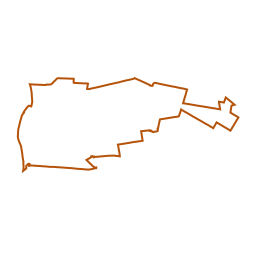 outline of Ciocanesti, Calarasi, Romania, rotated 94°
{"feature_id": "2599482B47068055124782", "entity_name": "Ciocanesti", "entity_type": "district", "adm_level": 2, "iso_a3": "ROU", "parent_name": "Romania", "parent_adm1": "Calarasi", "projection": "mercator", "projection_center": [27.039, 44.238], "detail": "fine", "context": "isolated", "style": "outline", "palette": "amber", "viewbox_px": 256, "rotation_deg": 94, "n_neighbors": 0, "source": "geoboundaries", "source_scale": "gbopen_adm2", "svg_char_len": 5194}
<svg xmlns="http://www.w3.org/2000/svg" viewBox="0 0 256 256"><g transform="rotate(94 128 128)"><path d="M91.2,229.0L94.0,227.9L98.9,226.7L99.2,226.6L99.5,226.6L102.6,226.2L108.6,225.3L113.2,226.0L112.7,228.5L114.2,229.9L117.1,231.8L119.7,233.3L120.0,232.9L122.8,234.7L129.6,236.1L135.6,237.1L137.2,237.4L144.4,237.3L145.3,237.1L145.7,236.9L146.9,236.6L147.8,236.3L153.5,233.5L154.5,233.2L155.4,233.0L161.9,231.5L163.0,231.4L167.7,230.3L168.6,230.0L169.4,229.9L170.1,230.0L173.7,229.5L175.2,229.4L177.1,229.5L178.1,229.6L175.5,226.7L172.7,226.8L171.1,225.3L170.7,224.9L170.7,224.7L170.7,224.4L170.7,223.8L171.8,223.8L172.7,224.0L172.7,223.9L172.7,223.7L172.4,223.2L172.2,222.8L172.1,222.6L172.1,221.6L172.1,218.2L172.2,217.8L172.1,217.7L172.1,216.7L172.1,214.4L172.1,213.5L172.1,210.5L172.1,208.6L172.1,207.0L172.2,204.0L172.2,202.7L172.0,200.1L172.0,197.0L172.0,192.7L172.0,190.6L172.0,188.6L172.0,187.3L172.0,185.4L172.0,181.8L172.0,181.1L172.2,176.6L172.2,173.7L172.2,170.8L172.3,166.5L172.2,165.2L172.2,164.9L172.2,164.5L172.2,164.1L172.1,163.6L172.0,163.2L171.4,160.9L171.2,160.3L171.0,159.6L170.9,159.4L170.8,159.1L170.7,158.7L170.3,157.4L170.2,157.4L170.2,157.1L170.2,156.9L169.6,156.9L169.9,157.9L169.8,158.0L169.7,158.3L169.4,158.8L169.1,159.4L168.6,160.3L168.4,160.6L168.1,161.0L167.8,161.3L167.4,161.7L166.8,162.3L166.6,162.6L166.4,162.8L166.3,163.1L166.2,163.3L166.0,163.5L165.7,163.8L165.4,164.2L164.2,165.5L163.7,166.0L163.4,166.5L163.2,166.7L162.8,167.2L162.4,166.6L161.7,165.7L161.2,164.8L160.7,164.1L160.0,163.1L159.8,162.9L159.7,162.9L159.2,162.9L159.1,162.2L158.7,162.3L158.6,161.8L158.6,161.7L159.2,161.6L159.0,160.8L159.0,160.7L158.8,160.0L159.3,159.8L159.6,159.7L159.4,159.4L159.2,159.1L159.0,158.0L158.6,155.3L158.3,153.4L157.9,151.1L157.6,149.0L157.3,147.5L157.0,145.2L156.8,142.8L156.5,140.4L156.5,140.1L156.7,136.6L156.8,134.4L156.8,134.2L154.1,134.7L153.6,134.8L151.2,135.4L150.2,135.7L149.8,135.8L149.5,135.8L149.1,135.9L147.7,136.3L147.1,136.4L146.7,136.5L146.2,136.6L145.8,136.7L145.3,136.9L145.1,136.2L144.9,135.3L144.6,134.0L144.4,133.1L143.9,130.7L143.6,129.5L143.4,128.8L143.3,128.3L143.0,126.9L142.7,125.8L142.5,124.8L142.4,124.7L142.3,124.2L142.1,123.4L141.4,120.4L141.3,119.9L141.2,119.4L141.1,118.7L140.8,117.3L140.7,116.8L140.5,116.1L140.1,114.2L139.8,113.0L139.7,112.5L130.3,114.7L128.8,106.3L129.4,106.1L129.4,105.8L129.4,105.7L129.5,105.5L129.7,104.8L129.7,104.7L129.3,104.8L129.1,104.9L129.0,105.0L128.9,105.1L128.9,104.9L129.2,104.6L129.3,104.2L129.7,103.9L130.0,103.4L130.1,103.2L130.3,102.9L130.3,102.7L130.3,102.4L130.2,102.2L130.1,101.9L130.0,101.7L129.9,101.4L129.7,100.7L129.6,100.1L129.6,99.9L129.5,99.5L129.4,99.1L129.3,98.8L129.2,98.7L129.0,98.3L128.9,98.3L128.5,98.3L127.9,98.1L127.7,98.1L127.4,98.2L126.9,98.3L126.4,98.5L126.3,98.4L126.3,98.2L126.2,98.0L125.5,97.9L124.4,97.8L123.9,97.7L123.5,97.7L123.2,97.6L122.9,97.6L122.6,97.5L121.4,97.4L119.1,97.0L118.6,97.0L118.0,96.9L117.2,96.7L116.7,94.7L116.0,91.5L115.7,90.3L115.6,90.0L114.0,83.1L113.4,80.2L112.9,78.2L112.2,78.0L108.3,76.9L106.7,76.5L105.9,76.3L106.0,76.2L106.3,75.5L107.0,74.1L107.7,72.7L109.0,69.9L111.0,65.9L112.0,64.0L112.7,62.5L113.1,61.6L113.6,60.6L115.4,56.8L116.4,54.7L117.9,51.7L118.3,51.0L119.2,48.9L119.9,47.5L120.4,46.5L120.9,45.6L121.4,44.5L121.6,44.1L122.2,42.9L116.2,40.0L118.8,34.9L120.7,31.2L122.2,28.1L123.5,25.6L113.7,20.6L109.7,18.6L109.3,19.3L106.5,25.0L106.0,25.9L105.6,26.6L105.5,26.9L105.4,26.9L104.4,26.8L103.7,26.8L103.2,26.7L99.5,26.4L98.4,26.3L97.4,23.3L95.4,26.0L90.7,32.6L95.9,34.1L95.9,34.5L95.8,35.2L95.7,35.9L95.6,37.4L95.4,39.1L95.6,39.1L97.5,38.7L98.6,38.4L99.7,38.2L101.9,37.6L102.3,37.6L103.0,37.4L102.9,38.6L102.3,43.6L102.4,43.8L101.9,48.5L101.2,55.8L101.0,58.6L100.6,62.8L100.4,64.4L99.5,74.1L99.5,74.8L98.4,74.5L96.7,74.2L96.2,74.1L95.4,73.9L93.9,73.6L93.6,73.5L93.3,73.5L92.6,73.3L92.4,73.2L92.0,73.1L90.1,72.7L88.0,72.3L85.5,71.7L85.3,72.7L84.9,74.8L84.8,75.8L84.4,79.4L83.6,85.0L83.3,87.9L82.6,93.3L82.4,94.5L82.1,96.9L81.1,103.6L81.0,104.2L81.2,104.8L81.6,105.3L82.1,105.9L82.3,106.0L83.4,106.2L84.0,106.4L84.2,106.5L84.3,106.6L84.2,108.4L84.2,108.9L84.1,109.0L83.9,109.1L83.7,109.0L82.6,111.9L80.9,116.4L80.0,118.8L79.1,121.4L77.9,124.5L78.0,124.5L78.5,126.0L79.0,127.4L79.4,128.7L79.7,129.7L80.1,131.1L80.7,133.2L80.7,133.3L83.5,141.8L83.8,142.8L84.0,143.4L84.4,145.1L85.2,147.5L85.3,148.1L86.0,150.3L88.3,157.6L88.9,159.4L89.1,160.2L90.2,163.9L90.9,166.4L91.3,167.7L91.6,168.6L91.8,169.2L91.9,169.3L91.9,170.9L91.9,171.5L91.6,171.5L89.8,171.4L86.5,171.0L86.4,171.4L86.5,173.9L86.6,175.3L86.6,177.1L86.6,178.2L86.7,179.3L86.7,180.4L86.7,180.9L86.7,182.0L86.7,182.3L86.7,183.5L86.8,184.8L86.7,185.0L86.5,185.4L83.1,185.6L82.7,185.6L82.7,186.4L82.9,191.9L82.9,193.3L83.0,195.5L83.1,197.5L83.2,201.3L83.3,201.6L83.4,201.9L83.6,202.2L84.1,202.7L84.6,203.1L85.8,204.1L86.6,204.9L88.1,206.1L88.4,206.3L88.7,206.7L89.3,207.2L89.4,207.4L89.6,207.6L89.8,208.0L90.0,208.5L90.1,208.9L90.1,209.3L90.2,209.8L90.3,211.0L90.3,211.5L90.3,211.8L90.3,212.1L90.3,212.3L90.6,212.5L90.8,212.8L90.8,213.0L90.9,213.8L91.0,216.9L91.0,217.8L91.1,220.1L91.1,220.3L91.1,222.5L91.2,224.4L91.2,229.0Z" fill="none" stroke="#b45309" stroke-width="2"/></g></svg>